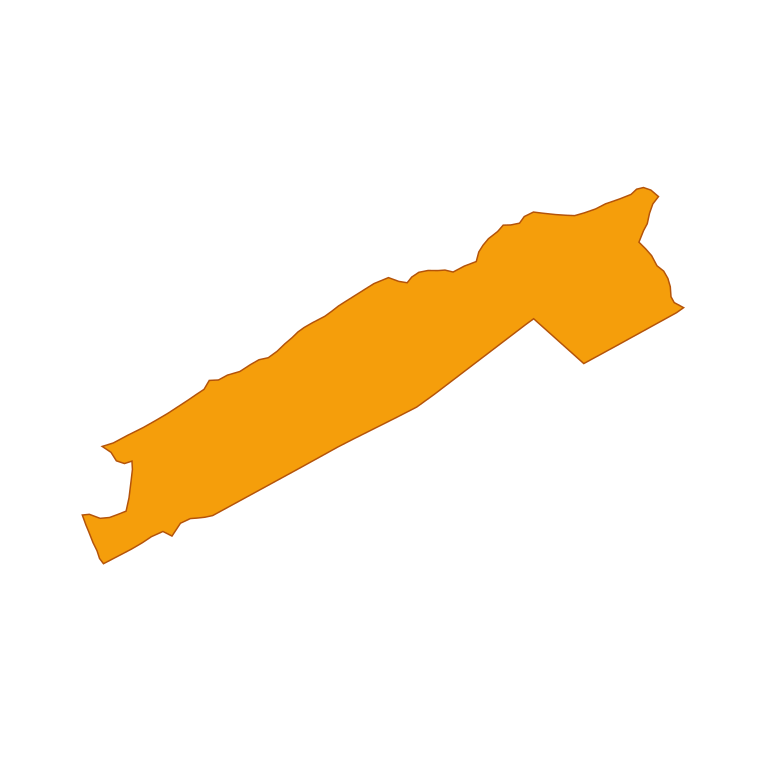 the district of Itaitinga, Ceará, Brazil, rotated 232°
{"feature_id": "56859067B58335348194299", "entity_name": "Itaitinga", "entity_type": "district", "adm_level": 2, "iso_a3": "BRA", "parent_name": "Brazil", "parent_adm1": "Ceará", "projection": "robinson", "projection_center": [-38.541, -3.991], "detail": "fine", "context": "isolated", "style": "filled", "palette": "amber", "viewbox_px": 768, "rotation_deg": 232, "n_neighbors": 0, "source": "geoboundaries", "source_scale": "gbopen_adm2", "svg_char_len": 1574}
<svg xmlns="http://www.w3.org/2000/svg" viewBox="0 0 768 768"><g transform="rotate(232 384 384)"><path d="M494.4,248.5L490.6,238.9L491.3,229.9L492.0,218.8L494.0,195.3L495.8,181.7L498.0,167.1L501.4,150.5L504.2,134.4L508.3,123.5L498.2,126.8L488.2,125.8L481.1,130.5L478.4,137.9L471.5,133.1L463.1,124.8L451.3,113.0L442.6,102.5L445.3,93.3L447.8,85.5L452.9,77.6L462.7,71.6L466.5,65.6L456.4,62.3L449.1,60.3L438.0,57.0L429.3,55.2L421.6,52.4L415.1,52.3L409.4,83.2L407.7,95.8L406.9,106.7L403.9,119.0L394.7,123.3L399.6,137.9L397.2,148.5L393.4,154.2L389.3,160.8L385.8,168.0L369.1,269.1L362.8,308.7L359.6,325.5L349.9,373.6L345.7,395.6L344.9,417.4L343.6,532.1L343.3,542.1L277.1,554.0L269.9,597.6L268.7,605.2L260.1,658.4L259.7,667.1L269.5,662.8L276.1,663.9L284.4,669.5L292.4,672.7L300.8,673.9L309.1,671.9L320.4,673.9L329.3,673.4L338.8,672.2L345.1,683.0L348.2,690.1L355.1,698.4L360.4,706.7L362.7,715.7L372.5,713.7L379.1,709.4L382.0,703.0L381.3,695.4L384.7,683.8L389.6,669.5L391.7,658.5L395.5,647.3L399.3,637.9L404.9,631.3L411.8,623.6L420.5,614.6L427.5,607.6L429.6,597.6L427.3,589.8L431.3,581.8L435.8,575.7L434.2,567.4L434.2,555.8L432.4,547.5L429.7,540.0L423.7,532.1L427.5,519.8L429.7,507.4L436.2,502.2L440.2,496.3L446.4,488.5L450.6,480.2L451.2,471.7L449.5,464.6L455.8,458.8L465.1,453.0L469.3,437.9L470.3,428.4L471.5,416.5L472.7,404.7L473.5,396.4L473.5,387.5L473.8,379.0L476.3,365.6L477.7,355.8L478.0,348.3L477.1,340.1L476.7,330.6L475.6,319.8L476.0,308.9L480.1,300.4L481.5,290.7L482.6,278.1L487.4,266.1L489.1,256.0L494.4,248.5Z" fill="#f59e0b" stroke="#b45309" stroke-width="1.5"/></g></svg>